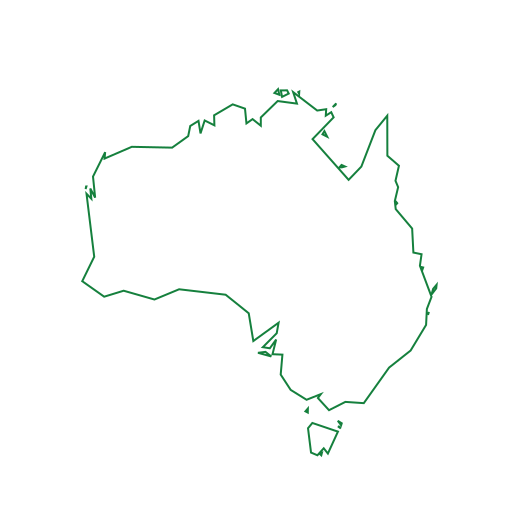 outline of Australia, rotated 17°
{"feature_id": "AUS", "entity_name": "Australia", "entity_type": "country or territory", "adm_level": 0, "iso_a3": "AUS", "parent_name": "Oceania", "parent_adm1": "", "projection": "robinson", "projection_center": [137.073, -32.4], "detail": "medium", "context": "isolated", "style": "outline", "palette": "green", "viewbox_px": 512, "rotation_deg": 17, "n_neighbors": 0, "source": "natural_earth", "source_scale": "50m", "svg_char_len": 1934}
<svg xmlns="http://www.w3.org/2000/svg" viewBox="0 0 512 512"><g transform="rotate(17 256 256)"><path d="M340.5,83.4L352.3,121.7L366.3,127.9L367.4,143.3L371.8,148.6L372.7,162.9L375.9,170.3L397.3,184.1L405.5,206.7L413.8,205.9L415.6,217.4L435.8,243.7L434.9,256.7L438.8,272.2L431.5,301.2L415.9,323.8L402.1,365.2L384.1,369.4L370.9,382.1L356.7,373.7L358.4,369.1L346.4,378.7L328.3,373.9L314.3,362.2L310.1,342.6L300.5,345.1L299.7,330.0L296.2,340.2L289.2,341.2L298.4,323.8L297.1,313.2L278.3,338.1L265.8,312.9L238.3,301.9L192.2,310.3L171.6,327.3L139.6,327.9L122.7,339.3L97.2,330.9L101.5,304.0L75.7,246.0L81.8,249.4L77.8,239.9L85.1,247.2L76.9,227.7L81.4,200.8L82.7,207.1L105.3,187.9L144.1,176.9L156.1,161.2L155.1,150.9L161.5,143.6L167.1,155.0L167.3,141.4L178.0,143.2L174.8,133.7L189.4,117.8L202.4,118.3L208.1,132.0L212.7,126.1L222.5,130.0L220.1,122.1L231.4,101.5L250.6,98.3L243.6,88.4L272.0,99.0L280.2,95.1L281.7,101.4L285.9,96.5L289.7,100.7L275.9,127.7L322.3,156.1L330.6,139.7L333.4,100.7L340.5,83.4ZM358.7,399.2L385.7,400.0L382.5,423.9L377.0,420.1L373.0,428.6L366.1,427.9L356.1,405.5L358.7,399.2ZM231.3,90.4L237.3,88.5L239.8,91.1L234.4,96.2L231.3,90.4ZM293.1,344.9L300.0,347.6L286.2,348.0L293.1,344.9ZM284.9,116.6L289.2,121.1L284.0,120.2L284.9,116.6ZM435.1,241.5L435.0,235.6L437.1,230.7L437.8,234.3L435.1,241.5ZM382.4,389.7L386.9,390.9L386.9,392.9L382.4,389.7ZM228.3,90.0L231.2,95.0L226.0,94.7L228.3,90.0ZM351.3,390.6L348.7,390.1L350.2,386.7L351.3,390.6ZM314.9,144.4L312.4,146.0L309.9,146.8L311.2,143.9L314.9,144.4ZM73.5,239.1L73.5,241.8L73.2,239.2L73.5,239.1ZM385.8,394.8L387.5,396.1L384.2,395.0L385.8,394.8ZM417.3,218.2L419.2,218.1L419.1,220.7L417.3,218.2ZM373.4,162.7L375.6,164.2L375.2,165.1L373.4,162.7ZM376.6,425.1L376.7,427.5L375.0,426.7L376.6,425.1ZM437.7,258.9L437.7,262.1L437.7,258.9ZM249.8,88.2L248.5,86.9L249.3,86.1L249.8,88.2ZM287.8,88.5L285.8,91.1L288.1,86.6L287.8,88.5Z" fill="none" stroke="#15803d" stroke-width="2"/></g></svg>